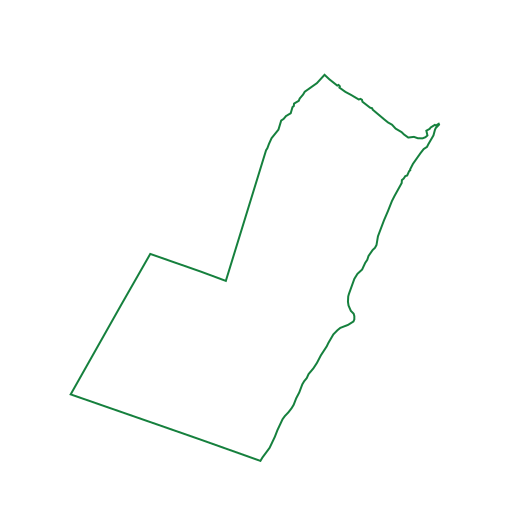 Aleipata itupa i Luga, Atua, Samoa (Robinson projection), rotated 288°
{"feature_id": "51752279B27667429376440", "entity_name": "Aleipata itupa i Luga", "entity_type": "district", "adm_level": 2, "iso_a3": "WSM", "parent_name": "Samoa", "parent_adm1": "Atua", "projection": "robinson", "projection_center": [-171.453, -14.031], "detail": "fine", "context": "isolated", "style": "outline", "palette": "green", "viewbox_px": 512, "rotation_deg": 288, "n_neighbors": 0, "source": "geoboundaries", "source_scale": "gbopen_adm2", "svg_char_len": 1645}
<svg xmlns="http://www.w3.org/2000/svg" viewBox="0 0 512 512"><g transform="rotate(288 256 256)"><path d="M62.5,323.5L66.4,324.4L77.7,328.2L89.9,329.8L97.1,330.2L109.0,331.7L112.7,332.9L117.5,335.2L122.3,336.9L126.1,337.8L133.1,338.2L139.6,339.3L148.3,339.7L151.8,340.5L155.6,342.0L160.0,342.5L166.9,345.3L173.2,347.0L181.6,348.4L192.0,351.2L195.7,351.7L205.4,353.8L210.6,356.4L213.7,358.4L219.0,364.9L223.8,368.9L226.1,369.1L229.2,368.1L231.3,366.7L233.1,363.2L237.5,359.3L240.9,357.6L246.1,356.2L248.7,356.1L264.7,356.6L270.4,358.0L275.9,361.1L283.3,362.0L286.7,363.0L290.8,363.0L297.8,365.1L300.5,366.6L303.7,367.2L312.4,365.9L329.5,366.7L339.3,367.6L350.3,368.3L356.0,369.2L370.4,372.0L373.3,371.3L375.2,372.5L378.1,373.3L379.3,374.9L384.0,375.4L385.2,376.2L386.0,375.8L392.2,376.8L404.5,380.6L409.5,382.4L412.6,384.9L415.8,385.4L425.5,387.5L431.3,387.2L433.2,387.4L437.5,389.5L438.2,388.9L435.7,386.8L436.0,385.6L432.2,382.4L430.6,381.9L427.8,379.3L423.6,381.8L421.3,380.4L419.4,378.1L418.0,373.6L418.1,369.4L415.7,364.2L417.3,359.2L418.8,356.2L420.3,349.4L422.9,344.8L423.8,340.3L425.6,335.6L431.2,321.8L432.4,320.8L432.3,318.7L435.6,309.6L437.3,308.5L437.7,306.8L436.6,305.4L438.6,296.5L439.7,290.3L441.9,283.3L443.3,283.3L444.2,281.6L443.2,280.6L446.7,271.2L449.5,265.2L439.2,260.5L427.3,251.6L424.1,250.9L419.3,248.9L416.8,248.7L412.7,245.1L410.3,245.6L408.9,244.7L402.5,244.9L398.4,241.3L394.9,239.9L392.6,238.1L383.1,238.3L372.9,234.4L366.7,233.7L362.0,233.5L359.7,232.9L223.0,235.0L224.1,208.5L224.7,180.9L225.3,154.8L168.0,142.9L67.1,122.5L65.5,201.0L64.3,257.8L62.5,323.5Z" fill="none" stroke="#15803d" stroke-width="2"/></g></svg>